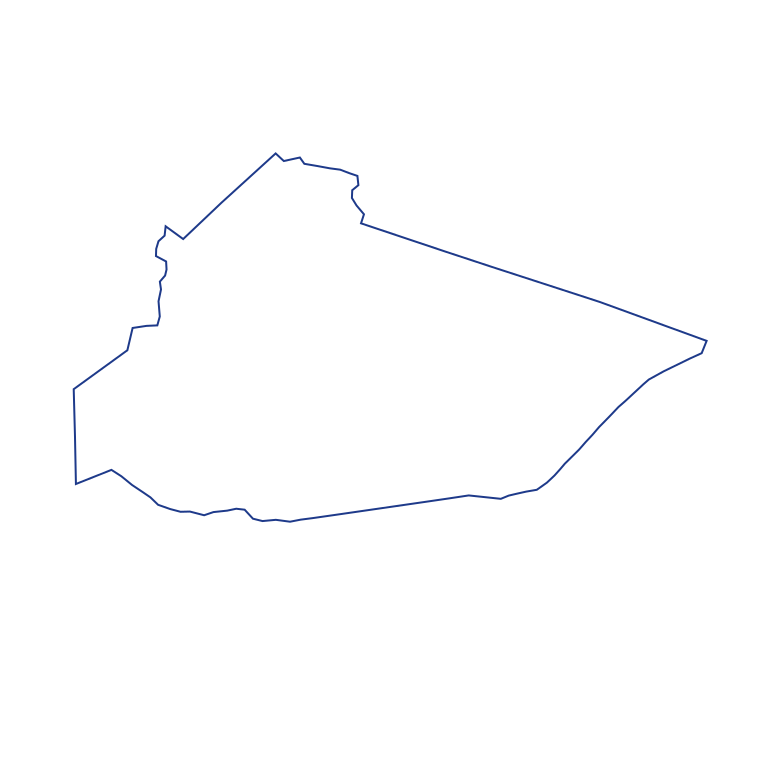 Nova Olinda, Ceará, Brazil (Equal Earth projection), rotated 288°
{"feature_id": "56859067B48732903430500", "entity_name": "Nova Olinda", "entity_type": "district", "adm_level": 2, "iso_a3": "BRA", "parent_name": "Brazil", "parent_adm1": "Ceará", "projection": "equal_earth", "projection_center": [-39.668, -7.106], "detail": "fine", "context": "isolated", "style": "outline", "palette": "blue", "viewbox_px": 768, "rotation_deg": 288, "n_neighbors": 0, "source": "geoboundaries", "source_scale": "gbopen_adm2", "svg_char_len": 1257}
<svg xmlns="http://www.w3.org/2000/svg" viewBox="0 0 768 768"><g transform="rotate(288 384 384)"><path d="M218.1,151.3L215.1,162.7L210.1,175.6L206.5,188.4L204.0,196.9L199.3,206.5L199.0,219.3L199.6,230.0L202.7,238.8L203.6,253.5L209.5,261.4L215.1,274.0L219.7,282.0L221.4,290.3L215.4,301.0L216.1,310.8L221.4,323.1L224.0,337.2L229.2,346.6L234.5,357.8L245.6,380.4L286.1,462.6L295.4,481.4L304.2,499.0L310.9,530.6L316.4,537.1L320.7,544.2L325.6,552.5L330.6,562.0L340.5,569.4L349.6,574.4L357.5,577.9L364.1,580.6L371.8,584.6L381.9,589.8L391.5,593.9L400.0,597.9L409.6,601.9L417.4,605.8L423.7,608.9L434.6,614.1L442.8,619.0L463.8,630.7L470.1,634.5L476.4,640.4L482.5,646.1L488.1,651.9L502.6,666.9L511.5,676.6L524.7,677.5L528.7,563.7L528.7,461.0L528.7,448.9L528.9,401.1L529.7,312.5L539.2,312.5L545.3,302.7L551.0,296.0L558.5,293.9L565.2,298.2L573.7,294.4L573.8,286.0L574.3,276.1L572.4,265.9L570.7,253.2L568.8,240.2L573.4,234.0L565.1,219.8L569.8,209.7L506.2,173.4L459.8,148.2L466.5,127.6L457.3,129.5L450.1,125.4L442.1,125.6L435.2,127.6L433.2,138.9L425.7,141.8L419.5,142.3L412.1,139.2L405.0,142.7L393.0,144.0L378.9,149.9L369.7,150.3L365.9,140.2L359.6,127.6L336.8,129.5L283.2,90.5L238.4,106.4L193.7,121.9L218.1,151.3Z" fill="none" stroke="#1e3a8a" stroke-width="2"/></g></svg>